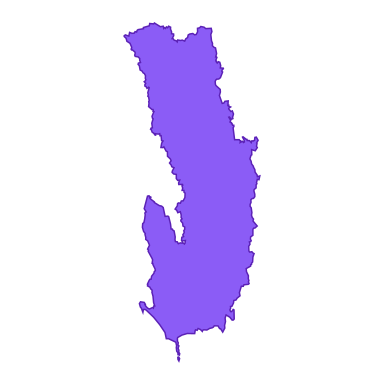 Tha Mai, Chanthaburi, Thailand
{"feature_id": "78962969B20525991474584", "entity_name": "Tha Mai", "entity_type": "district", "adm_level": 2, "iso_a3": "THA", "parent_name": "Thailand", "parent_adm1": "Chanthaburi", "projection": "equal_earth", "projection_center": [101.972, 12.718], "detail": "fine", "context": "isolated", "style": "filled", "palette": "violet", "viewbox_px": 384, "rotation_deg": 0, "n_neighbors": 0, "source": "geoboundaries", "source_scale": "gbopen_adm2", "svg_char_len": 6005}
<svg xmlns="http://www.w3.org/2000/svg" viewBox="0 0 384 384"><path d="M125.4,34.9L124.2,35.7L124.2,36.5L126.1,38.3L126.9,41.3L130.0,43.3L131.5,46.8L131.7,48.0L131.1,49.1L131.5,49.9L132.4,49.9L134.9,52.0L135.2,53.2L134.7,55.2L135.2,56.4L138.1,56.9L139.7,58.5L139.7,60.3L140.5,62.5L138.4,63.1L138.1,64.4L139.3,65.6L140.1,70.0L142.1,71.1L143.1,72.8L144.4,73.6L145.5,75.7L145.3,78.3L145.8,79.6L145.4,80.8L144.2,81.7L145.7,83.3L144.8,84.9L145.0,86.2L146.0,86.5L147.0,88.4L148.7,87.2L149.2,87.6L147.8,92.7L148.3,94.9L147.8,96.2L148.6,97.0L149.2,100.6L148.7,101.6L149.0,103.2L148.6,106.6L152.0,109.6L153.0,109.5L153.3,110.3L153.0,111.3L153.9,111.6L152.0,116.3L152.5,118.3L153.1,118.8L151.8,123.2L152.4,127.8L151.1,128.1L150.6,129.2L151.1,129.4L152.3,132.4L153.4,132.9L155.2,135.2L155.7,135.0L155.4,133.7L158.4,134.1L159.7,133.7L160.0,135.7L161.1,135.7L161.6,140.6L163.0,141.0L161.7,143.1L160.9,147.5L162.9,147.6L163.9,146.9L166.1,151.1L167.4,151.7L167.5,156.3L170.3,158.9L171.1,160.8L169.5,163.0L171.3,165.2L171.7,166.7L174.0,167.7L172.3,171.1L172.1,172.4L173.7,174.0L176.3,174.4L176.3,178.6L177.7,180.4L179.7,180.1L178.6,182.9L178.8,184.5L182.5,184.4L182.7,185.3L182.0,185.9L182.7,188.1L182.1,190.4L183.9,190.4L184.1,192.4L185.1,193.1L184.9,197.5L183.2,200.8L181.3,201.0L180.4,203.2L178.6,202.9L177.6,203.5L177.3,205.9L175.1,209.1L176.7,210.2L177.8,212.7L180.3,211.7L181.2,215.0L181.1,217.5L182.0,218.9L180.8,220.1L180.9,221.1L182.6,223.1L183.0,226.1L184.7,227.0L184.7,229.3L183.7,230.9L184.2,231.7L184.2,232.5L182.8,234.9L183.6,236.6L181.8,237.3L181.5,240.5L181.8,241.0L185.4,240.5L185.0,243.2L184.4,244.0L182.5,242.4L182.2,243.1L180.3,242.9L178.3,243.7L177.3,241.8L175.4,241.6L175.0,239.6L175.2,236.9L174.1,230.9L172.7,230.0L172.4,229.1L171.1,229.0L170.5,223.9L168.7,216.7L167.9,216.1L165.1,216.4L163.2,207.5L161.6,206.1L159.3,205.6L154.3,202.5L154.4,201.9L150.3,198.8L150.9,197.2L150.0,196.7L149.6,197.3L149.0,195.8L147.5,196.1L144.2,208.7L146.2,211.9L145.2,212.4L144.9,213.2L145.2,214.7L144.7,218.9L143.9,222.5L142.7,223.6L142.4,227.3L143.6,231.4L145.3,233.7L145.0,234.5L145.8,237.5L145.7,239.4L147.7,240.9L149.5,245.2L147.6,249.1L148.5,250.0L148.2,251.3L152.2,258.7L152.6,259.9L152.1,263.3L152.8,263.4L152.9,264.5L155.1,269.0L155.3,270.7L154.3,271.5L153.9,273.3L151.6,276.2L151.1,279.2L150.0,279.2L149.2,280.3L147.4,284.2L147.8,284.5L147.5,285.9L149.9,287.2L150.7,288.9L151.8,289.8L152.2,291.1L151.9,292.2L153.0,296.2L153.6,302.6L154.7,305.9L153.9,305.9L153.4,308.1L152.7,307.5L149.4,309.0L147.6,308.1L145.6,306.0L145.4,304.5L144.9,304.5L145.0,303.7L144.2,302.4L140.5,301.8L139.4,303.6L140.4,307.1L141.3,308.1L142.9,312.3L143.4,309.5L145.0,309.4L146.2,310.1L153.6,317.2L159.8,324.8L165.0,332.5L166.3,338.7L168.5,338.7L175.8,342.2L176.6,345.7L176.3,347.5L176.7,351.2L177.9,352.8L178.0,354.7L179.4,355.1L179.7,353.6L178.8,352.2L178.9,350.2L178.1,348.2L178.9,345.9L177.9,344.7L178.3,342.8L177.5,341.3L177.4,338.5L177.7,337.5L181.9,335.1L187.2,333.5L194.7,333.6L195.2,330.3L195.6,329.8L197.2,330.3L198.1,328.5L200.4,329.5L202.3,331.4L202.7,330.3L203.8,329.8L206.9,330.0L209.7,328.4L212.2,327.8L213.4,327.1L214.3,325.8L218.0,325.9L219.6,328.6L220.6,328.8L222.7,332.1L224.8,328.1L224.6,325.3L225.5,321.6L225.1,318.0L226.1,315.0L229.8,317.2L232.1,320.1L233.4,320.0L234.2,319.0L234.0,309.9L233.2,309.4L231.7,311.6L230.6,311.6L229.9,309.9L230.7,308.0L230.5,306.5L232.0,306.2L233.5,303.0L233.8,300.5L236.0,300.0L237.1,298.2L240.0,295.8L239.4,292.6L241.3,286.3L243.3,286.3L243.9,284.8L248.3,284.3L249.1,283.6L248.4,281.9L248.9,280.6L248.3,278.7L248.4,275.7L246.5,271.7L246.2,268.6L250.6,266.1L250.7,264.7L251.5,264.4L251.6,263.1L252.6,262.0L252.9,257.0L254.1,253.6L252.7,252.8L251.9,251.7L249.7,252.1L249.2,251.6L248.9,250.7L248.7,246.3L250.0,244.2L249.4,241.9L250.7,241.6L251.2,240.7L250.4,239.1L250.6,236.9L252.9,235.3L252.9,229.4L253.6,228.2L255.0,228.0L257.2,226.0L253.0,221.0L253.5,219.1L252.2,217.4L251.5,215.2L251.9,212.6L251.2,207.8L250.1,206.3L250.1,204.4L251.0,202.5L250.9,199.6L252.3,198.5L253.5,198.4L254.8,196.7L254.8,194.2L253.9,190.8L254.2,189.5L256.1,187.9L256.1,184.8L256.9,183.7L256.5,182.7L257.3,179.3L259.0,179.7L259.8,175.9L257.4,176.7L257.1,175.0L255.1,172.1L254.8,169.5L253.4,167.0L253.4,166.3L251.6,163.9L251.1,161.2L249.9,158.9L251.0,155.3L251.8,154.8L251.6,149.6L255.2,150.8L257.3,147.6L256.5,146.3L257.0,143.5L256.6,143.0L258.1,140.3L256.3,137.1L254.9,137.4L254.5,140.3L253.2,141.0L251.9,140.8L251.2,142.6L249.6,140.6L247.2,140.5L247.0,139.4L246.2,139.3L243.0,136.8L242.5,137.1L244.1,140.2L244.4,141.9L243.5,142.5L242.5,141.3L240.2,142.5L240.6,140.8L239.9,140.7L239.2,139.7L234.6,139.7L233.1,127.8L233.9,126.5L233.8,125.3L232.6,125.3L232.3,123.9L231.5,123.7L231.5,122.7L230.0,122.0L230.7,120.4L228.8,117.2L229.4,117.0L231.3,119.3L232.9,118.6L232.5,117.5L233.5,114.0L232.3,110.9L230.9,111.5L228.9,109.2L228.7,108.3L230.6,107.0L228.7,106.2L228.7,105.2L227.9,105.4L228.2,100.9L224.9,101.3L223.8,103.1L222.2,103.4L219.4,95.5L220.4,92.0L220.2,89.4L215.9,85.5L215.4,84.3L215.2,81.4L215.7,80.2L216.6,79.2L218.8,79.0L220.4,77.7L222.6,72.0L221.9,71.4L222.1,69.9L223.4,68.7L223.3,68.2L220.3,67.9L220.7,65.6L219.8,62.3L218.3,61.7L217.2,63.0L216.1,61.6L216.4,61.1L215.8,60.3L216.9,57.4L216.4,56.8L215.7,56.9L216.6,53.6L215.5,47.9L214.0,47.3L212.4,45.7L212.5,43.3L211.5,40.8L210.8,34.5L211.9,31.6L211.2,28.3L205.7,28.6L204.1,27.2L200.8,26.5L199.6,27.8L197.5,28.3L197.6,31.8L196.2,34.5L194.6,34.8L192.8,33.5L189.8,34.0L188.2,34.9L187.6,37.5L185.7,38.9L184.7,41.1L182.2,40.1L180.7,40.5L177.7,40.0L177.2,41.9L176.1,40.7L174.3,40.3L173.1,38.7L172.2,38.6L173.7,35.7L173.6,34.0L171.5,33.7L171.6,31.9L170.5,29.1L170.6,27.2L168.6,26.2L167.6,27.7L166.4,26.9L165.5,28.4L164.5,27.6L163.7,28.4L163.2,26.2L160.4,26.7L154.4,23.0L153.7,23.9L149.7,23.5L149.3,25.8L143.4,27.5L143.5,28.7L138.1,29.6L137.1,30.4L136.6,32.0L135.1,31.6L134.1,33.2L131.9,33.3L129.6,32.4L128.8,36.1L125.4,34.9ZM178.7,357.0L177.8,357.3L178.0,359.5L178.9,361.0L179.6,358.6L178.7,357.0Z" fill="#8b5cf6" stroke="#5b21b6" stroke-width="1.5"/></svg>